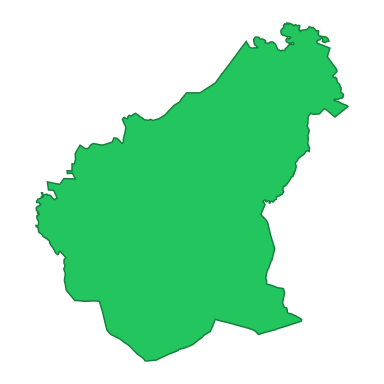 the district of Šķeltovas pag., Aglonas, Latvia
{"feature_id": "27541924B92789434462497", "entity_name": "Šķeltovas pag.", "entity_type": "district", "adm_level": 2, "iso_a3": "LVA", "parent_name": "Latvia", "parent_adm1": "Aglonas", "projection": "orthographic", "projection_center": [27.046, 56.047], "detail": "fine", "context": "isolated", "style": "filled", "palette": "green", "viewbox_px": 384, "rotation_deg": 0, "n_neighbors": 0, "source": "geoboundaries", "source_scale": "gbopen_adm2", "svg_char_len": 5806}
<svg xmlns="http://www.w3.org/2000/svg" viewBox="0 0 384 384"><path d="M328.9,41.2L328.1,38.9L326.3,37.1L319.6,36.0L318.7,35.5L318.4,35.0L318.2,33.8L318.6,31.5L318.2,30.7L315.7,30.7L314.7,28.8L314.2,28.6L313.1,27.4L312.0,27.8L309.3,26.6L308.4,28.2L307.3,29.2L305.5,29.8L302.4,30.1L300.1,31.3L300.1,30.6L300.0,30.1L299.0,29.8L298.8,29.4L299.1,29.1L298.9,28.8L299.5,27.8L299.7,26.6L299.6,25.6L299.2,25.3L297.2,25.8L296.3,25.0L295.3,24.6L295.1,25.1L294.1,25.9L293.5,25.2L289.8,23.2L288.8,23.2L288.5,23.5L288.8,23.8L288.4,24.1L288.2,23.5L287.0,23.0L287.0,23.7L286.2,24.4L285.9,24.3L285.9,23.9L284.8,23.8L283.5,25.4L283.9,25.9L283.7,27.5L282.2,28.7L281.0,30.5L280.8,31.6L281.3,33.5L281.9,34.5L283.1,35.4L286.2,36.0L287.6,37.0L289.5,36.7L290.6,37.1L290.6,37.5L289.2,38.9L287.1,38.3L286.0,39.8L286.0,40.7L286.5,41.8L288.8,43.1L290.1,43.3L292.5,42.4L293.4,42.5L293.8,43.3L293.7,44.4L293.0,44.6L291.5,44.2L290.0,44.3L288.6,45.2L286.9,47.5L285.2,48.9L285.0,50.2L284.6,50.7L282.2,50.2L281.0,50.8L278.0,49.6L277.2,48.3L276.4,46.2L275.3,44.0L272.5,41.8L269.8,42.2L268.6,43.4L265.4,42.9L265.0,42.5L265.7,41.0L264.5,39.8L262.2,39.0L260.5,39.2L259.8,38.9L258.9,37.5L258.1,37.1L255.6,37.0L254.6,37.9L253.8,39.2L253.6,40.5L254.0,42.2L254.3,43.1L254.5,44.7L256.0,45.6L256.6,46.7L257.5,47.1L257.5,47.7L251.9,48.1L249.5,47.2L246.2,41.4L229.6,63.9L222.2,73.6L221.4,74.0L221.4,74.6L215.3,83.0L200.1,92.8L186.6,92.8L181.4,99.1L179.7,101.9L173.8,105.5L164.8,115.1L158.8,118.8L152.8,120.5L151.0,119.4L149.9,119.6L148.7,120.3L144.8,119.8L143.3,119.0L141.9,117.6L140.4,117.1L138.7,115.5L135.5,113.3L134.0,114.0L130.8,116.2L130.5,116.1L129.7,115.4L128.9,115.4L127.9,116.7L127.8,117.8L127.2,118.7L125.6,118.3L124.4,117.4L123.7,117.6L122.9,118.5L122.4,119.5L125.9,127.3L125.1,132.0L123.4,138.9L123.3,142.3L121.9,143.4L118.5,139.7L116.8,138.2L114.0,137.9L112.2,142.1L103.5,144.9L101.1,145.0L93.2,143.5L90.9,144.9L88.5,148.1L87.6,148.4L85.3,148.8L80.1,145.1L76.3,151.5L75.2,153.7L75.5,159.3L74.4,164.0L72.0,163.9L72.0,170.9L67.1,170.7L67.4,173.6L72.5,173.2L75.3,178.9L63.9,178.6L59.8,184.4L47.4,181.9L48.5,189.9L53.7,190.4L57.1,197.7L56.7,198.4L54.6,199.7L52.0,197.5L51.4,196.9L51.0,195.8L50.6,195.5L49.1,195.1L47.8,195.2L46.9,194.1L44.4,194.8L43.0,194.5L42.6,194.2L42.7,193.0L41.9,192.6L41.4,192.8L42.2,194.5L42.5,195.6L43.1,196.6L43.1,196.9L42.4,197.2L41.4,196.6L41.3,196.8L41.4,197.7L41.2,198.0L39.4,198.8L37.9,199.1L36.5,201.3L36.7,202.5L37.0,202.7L38.6,202.3L39.2,202.8L39.8,203.8L40.7,203.9L40.9,204.2L40.0,205.0L39.4,206.1L38.0,206.1L37.4,206.4L36.9,206.9L36.2,208.1L36.6,208.5L36.6,209.1L36.3,210.4L38.4,211.8L37.5,212.5L37.6,213.5L38.0,213.8L38.8,213.5L39.2,214.1L38.3,215.3L37.0,215.8L36.9,216.4L36.8,217.3L37.2,219.1L38.5,221.2L38.6,223.9L38.0,225.4L37.6,225.8L36.0,225.4L36.1,226.6L37.5,227.1L38.4,228.2L38.1,229.0L38.5,230.1L38.6,231.8L39.6,232.9L42.3,234.6L42.8,235.9L43.7,236.9L45.9,238.3L46.7,238.2L47.1,239.0L49.2,240.9L49.7,241.6L49.8,242.6L49.7,243.0L50.4,243.8L50.5,244.9L51.8,246.2L52.0,246.8L52.9,247.7L53.7,249.5L54.5,250.3L55.2,252.3L55.8,253.2L57.5,254.6L58.2,254.4L59.1,252.3L60.0,251.2L65.6,257.3L64.9,258.8L64.0,259.8L64.2,260.5L64.0,260.8L64.1,262.6L63.9,262.9L65.1,265.9L63.9,268.5L64.1,270.2L65.3,272.9L65.1,275.7L64.5,278.7L64.5,281.7L65.2,283.9L66.3,290.2L74.8,300.5L80.6,300.8L84.6,301.4L92.7,300.9L96.9,301.0L99.6,301.6L100.9,306.5L102.4,311.3L106.8,329.8L109.9,333.7L111.5,334.8L119.8,338.9L123.9,342.1L129.0,345.5L137.1,353.9L143.5,358.5L145.0,360.8L146.8,361.0L156.2,360.1L167.5,354.7L178.2,350.5L178.6,349.5L183.7,348.3L191.1,345.4L193.4,344.1L200.3,338.5L200.6,338.6L202.7,336.8L203.4,335.6L210.3,331.5L213.2,324.8L215.2,319.3L218.5,320.4L227.9,322.6L248.2,328.2L252.5,329.7L255.1,331.1L257.3,333.0L258.0,333.8L257.8,333.9L258.6,334.5L263.6,332.8L274.9,329.8L278.7,328.3L283.7,326.9L301.2,321.2L301.6,320.0L301.6,319.5L299.1,317.7L291.7,314.0L288.1,313.2L287.2,312.0L287.3,309.9L286.4,307.7L284.3,307.4L282.5,303.0L284.6,292.8L283.4,288.6L277.5,287.7L271.5,285.3L266.6,284.0L266.5,280.1L265.7,278.7L267.1,270.7L268.4,268.9L271.0,261.2L272.0,260.0L271.8,259.9L273.4,254.2L274.7,248.8L274.4,247.2L274.0,246.1L273.9,246.2L270.3,234.0L267.9,223.6L266.5,220.5L261.0,214.7L261.3,213.8L261.4,212.8L262.1,211.5L265.0,204.7L263.8,202.2L263.3,202.2L263.5,202.0L263.3,201.5L263.4,200.8L265.3,199.7L265.8,200.2L265.8,201.4L266.1,201.6L267.1,201.7L267.9,200.6L268.6,200.6L269.1,200.9L269.4,201.4L269.1,202.9L269.5,203.2L270.1,202.9L270.7,201.6L271.1,201.3L271.7,201.3L272.6,202.0L273.3,202.0L274.5,200.1L276.2,199.4L276.5,198.6L276.6,197.3L277.4,196.2L278.9,196.1L279.8,195.3L280.6,195.2L281.1,194.5L282.2,194.4L282.9,192.9L283.6,192.2L283.7,191.6L282.7,189.0L283.4,187.5L283.4,186.6L285.4,185.9L286.6,184.5L289.4,180.8L291.3,177.4L292.0,176.7L292.9,176.5L293.5,174.5L294.2,173.6L293.8,173.4L293.9,172.9L294.7,171.9L295.3,170.7L296.3,166.4L295.3,163.3L295.6,162.4L297.2,161.1L298.4,158.5L300.9,156.4L303.9,154.4L306.1,151.3L307.8,150.7L309.1,151.5L309.4,150.4L309.3,149.4L309.6,148.5L307.7,143.2L308.4,138.7L307.8,135.2L309.1,131.8L309.2,130.2L307.1,126.0L307.9,123.3L308.1,116.5L310.8,113.3L313.4,114.3L319.5,113.9L323.9,108.9L325.5,109.1L335.0,117.0L348.0,106.5L346.7,105.4L342.0,103.7L338.4,101.5L337.1,101.5L334.0,100.3L334.0,99.8L334.5,99.2L337.8,99.4L340.7,98.1L341.6,98.2L342.5,97.9L343.2,96.6L343.5,95.1L343.4,94.5L343.0,94.0L340.8,92.2L340.7,91.3L341.1,89.4L341.1,87.8L340.3,87.0L339.6,84.0L338.2,83.1L337.6,82.4L336.7,79.5L336.8,78.5L335.1,77.3L334.7,77.3L334.9,77.7L334.1,77.7L333.1,77.1L332.9,76.4L333.4,75.2L336.8,71.9L337.0,70.8L336.4,69.7L336.6,69.4L327.3,56.8L329.9,48.1L316.7,42.9L316.9,41.1L317.5,40.9L318.1,40.2L319.9,39.8L320.5,38.4L321.1,38.1L322.0,38.2L322.7,39.0L322.8,39.7L322.4,41.3L323.1,41.9L325.3,42.6L326.4,41.7L328.9,41.2Z" fill="#22c55e" stroke="#15803d" stroke-width="1.5"/></svg>